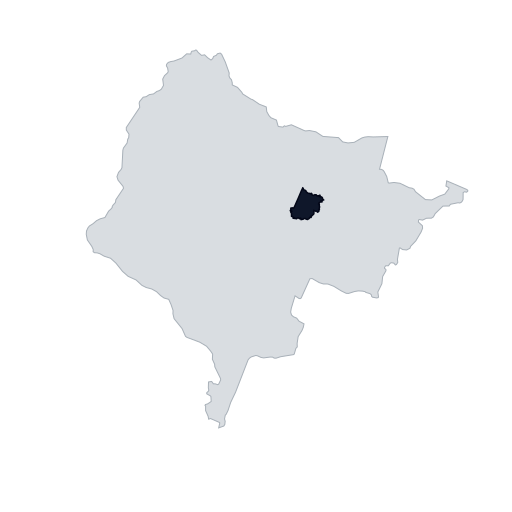 Lubao, Kasaï-Oriental, Democratic Republic of the Congo (highlighted), rotated 293°
{"feature_id": "63176286B12881144084902", "entity_name": "Lubao", "entity_type": "district", "adm_level": 2, "iso_a3": "COD", "parent_name": "Democratic Republic of the Congo", "parent_adm1": "Kasaï-Oriental", "projection": "albers", "projection_center": [25.343, -5.578], "detail": "fine", "context": "in_parent", "style": "filled", "palette": "ink", "viewbox_px": 512, "rotation_deg": 293, "n_neighbors": 0, "source": "geoboundaries", "source_scale": "gbopen_adm2", "svg_char_len": 7986}
<svg xmlns="http://www.w3.org/2000/svg" viewBox="0 0 512 512"><g transform="rotate(293 256 256)"><path d="M417.5,330.7L384.1,335.8L384.8,337.7L384.5,339.7L383.6,341.2L380.2,345.3L375.1,349.1L375.1,350.0L377.6,354.3L379.2,360.1L378.7,370.3L379.4,373.1L379.2,375.3L377.5,377.7L374.1,389.9L376.3,395.9L382.9,401.5L386.7,405.6L393.1,407.2L394.2,406.9L394.6,403.5L399.7,402.2L399.6,424.1L399.2,425.3L398.3,425.6L397.0,424.9L396.6,422.8L395.3,421.9L389.0,424.5L387.4,424.5L385.7,424.0L384.4,422.9L384.0,421.2L379.6,414.8L377.5,414.3L375.0,408.6L365.1,404.4L361.3,404.0L359.4,402.7L357.4,398.2L354.1,395.3L353.4,392.1L352.7,391.6L350.7,392.2L348.9,397.3L346.7,398.5L342.6,398.6L332.4,397.2L325.2,394.5L323.3,394.7L320.4,392.3L319.2,388.4L319.8,385.4L319.3,384.9L308.2,387.5L305.5,389.0L303.0,388.6L302.2,387.8L303.3,385.7L302.8,383.4L301.9,382.4L298.7,381.6L297.6,379.1L295.6,378.8L294.9,379.1L294.4,380.8L293.2,381.4L286.6,380.6L279.7,382.7L270.5,382.2L266.1,384.8L265.4,384.7L264.5,383.4L263.6,379.3L264.1,378.1L265.4,377.3L265.9,375.6L265.4,371.3L265.8,370.3L265.3,367.8L263.9,363.9L261.9,360.7L257.7,355.8L256.9,353.6L257.2,348.1L258.5,339.5L258.3,333.1L256.6,329.0L256.2,324.5L257.2,316.5L256.1,314.5L235.0,314.0L234.1,313.4L233.7,312.3L234.6,307.5L221.7,308.9L217.9,309.8L215.5,311.8L214.7,314.2L214.7,317.7L212.8,321.1L212.3,326.7L208.7,327.4L205.2,327.4L198.3,326.3L191.6,328.0L188.4,329.5L186.6,328.8L180.7,329.5L179.9,329.1L172.9,318.0L169.8,314.4L169.1,312.6L169.4,310.8L168.5,308.5L165.2,302.9L164.6,300.2L164.7,296.0L164.3,294.6L161.3,291.1L159.4,289.9L157.3,289.3L122.7,290.4L111.3,289.9L102.9,290.6L98.7,290.4L97.5,289.9L93.7,290.7L91.8,292.2L88.8,293.1L86.9,292.8L83.2,288.8L88.1,287.9L88.5,287.5L88.6,277.6L87.3,276.2L89.8,274.5L94.0,270.0L98.1,268.3L98.6,267.4L99.5,267.5L101.0,269.3L104.6,271.6L109.0,269.4L109.4,268.8L109.9,264.5L111.0,264.1L112.9,265.0L114.0,265.0L115.9,263.7L121.5,261.5L123.2,264.2L121.7,266.7L122.4,268.4L122.6,271.1L123.5,271.7L128.0,271.9L129.3,271.3L137.9,261.4L140.2,260.2L143.9,256.2L148.8,254.4L150.8,251.3L153.6,245.8L154.7,237.9L154.1,224.3L154.5,222.5L160.3,216.3L166.3,205.1L170.4,202.1L173.5,200.9L178.2,196.7L182.0,192.6L181.4,187.7L182.3,183.6L184.3,178.4L184.9,172.9L184.1,167.2L184.4,162.5L187.1,154.9L187.3,146.3L189.7,139.1L194.7,129.9L197.1,123.0L196.5,116.3L197.1,111.4L196.8,108.5L195.9,106.0L196.3,104.4L198.3,103.7L200.7,101.1L204.9,94.5L209.6,91.3L212.8,90.2L216.2,90.3L218.5,90.9L222.1,93.4L226.2,95.4L229.3,98.0L232.4,101.9L239.7,102.8L242.8,104.2L244.7,104.7L245.4,104.3L246.9,104.5L250.4,105.7L253.1,105.0L266.6,107.6L268.2,106.3L271.9,99.4L274.7,97.0L279.3,96.8L282.9,98.0L284.9,98.1L301.4,92.1L303.6,91.8L309.6,93.2L313.5,92.3L315.1,92.6L318.5,91.5L321.3,87.4L323.6,86.4L347.4,90.9L351.1,88.7L352.8,88.5L358.1,90.1L359.7,92.6L362.9,94.8L365.2,98.4L368.7,100.4L370.5,102.4L372.6,103.7L376.9,104.2L382.4,101.0L386.3,101.3L390.2,103.1L391.5,103.1L394.5,101.2L396.0,99.2L397.6,98.8L399.9,99.6L401.7,101.6L403.4,104.3L409.3,110.5L415.0,113.2L416.4,117.0L418.5,116.7L419.5,117.0L421.0,119.4L422.0,119.9L422.2,120.9L420.8,123.2L419.4,127.5L421.1,130.1L419.6,134.0L418.8,138.0L420.7,139.0L423.1,139.0L425.3,141.1L427.0,141.4L428.8,143.7L428.3,145.5L422.6,151.9L414.0,159.8L411.2,160.8L409.7,162.3L408.6,164.6L406.1,166.5L404.2,167.3L404.0,173.1L401.1,179.1L400.0,180.3L398.4,190.1L398.6,191.7L397.0,199.7L397.2,207.2L393.1,209.5L390.3,213.1L389.1,215.7L389.1,221.7L384.4,225.4L384.0,226.2L385.2,230.5L386.9,231.2L386.9,232.7L390.6,237.3L390.3,251.4L390.5,252.8L392.4,256.2L393.7,262.6L392.2,270.8L397.2,285.7L394.9,291.2L396.0,296.5L399.0,302.0L406.1,307.4L408.0,309.7L409.7,312.7L411.4,317.4L417.5,330.7Z" fill="#d9dde1" stroke="#a8b0b8" stroke-width="1"/><path d="M335.4,286.2L335.1,286.0L335.0,285.9L334.9,285.9L334.5,285.7L334.3,285.5L334.4,285.3L334.4,284.9L334.0,284.3L334.1,284.2L334.2,283.9L334.2,283.7L334.3,283.4L334.4,283.2L334.6,283.3L334.8,283.3L334.8,283.2L334.9,282.9L335.0,282.9L335.2,282.7L335.3,282.5L335.2,282.4L334.8,282.2L334.8,281.8L334.6,281.5L334.6,281.3L334.5,280.9L334.5,280.6L334.5,280.4L334.3,280.0L334.2,279.6L334.1,279.2L334.1,278.7L334.2,278.4L334.4,278.3L334.4,278.1L334.5,278.0L334.5,277.9L334.6,277.6L334.7,277.2L334.9,276.9L335.1,276.8L335.2,276.7L335.3,276.7L335.6,276.2L335.7,275.8L335.7,275.6L335.6,275.4L335.6,274.9L335.6,274.7L335.7,274.0L335.8,273.9L336.7,273.0L336.9,272.7L337.0,272.5L337.0,272.4L336.2,272.4L333.9,272.3L325.9,272.3L319.9,272.2L318.0,272.2L315.2,272.1L314.8,271.8L314.8,271.5L314.6,271.3L314.6,271.0L314.4,271.0L314.3,270.9L314.3,270.7L314.3,270.4L314.2,270.1L314.1,269.9L313.8,269.6L313.7,269.4L313.3,269.5L313.2,269.5L312.9,269.7L312.8,269.8L312.7,269.9L312.4,269.9L312.1,269.9L311.9,269.9L311.7,269.9L311.4,269.8L311.2,269.8L311.0,270.0L310.9,270.1L310.8,270.3L311.0,270.5L311.2,270.8L311.2,271.0L311.3,271.3L311.2,271.5L310.9,271.4L310.7,271.3L310.5,271.2L310.4,271.2L310.0,271.1L309.9,271.0L309.7,271.1L309.5,271.4L309.4,271.5L309.3,271.8L309.2,271.9L309.1,272.0L308.9,272.3L308.7,272.4L308.4,272.4L308.2,272.4L307.9,272.5L307.7,272.6L307.4,272.8L307.1,272.9L306.8,273.0L306.7,273.0L306.4,273.2L306.4,273.3L306.5,273.5L306.5,273.8L306.4,274.0L306.4,274.3L306.4,274.5L306.3,274.8L306.2,275.0L306.1,275.3L306.1,275.5L306.0,275.4L305.7,275.3L305.4,275.3L305.3,275.5L305.4,275.9L305.4,276.0L305.5,276.2L305.5,276.3L305.6,276.7L305.7,276.9L305.7,277.0L305.8,277.2L305.8,277.3L306.0,277.8L306.0,278.0L306.1,278.3L306.0,278.5L306.3,278.9L306.5,279.0L306.8,279.1L307.1,279.3L307.4,279.5L307.6,279.6L307.7,279.8L307.7,280.0L307.6,280.3L307.5,280.5L307.5,280.8L307.4,281.1L307.3,281.4L307.4,281.6L307.5,281.6L307.8,281.8L308.2,282.1L308.3,282.3L308.2,282.5L307.9,282.7L307.6,282.9L307.2,283.1L307.1,283.3L307.3,283.5L307.6,284.0L307.8,284.3L308.1,284.7L308.4,285.1L308.6,285.1L308.9,285.2L309.0,285.4L309.0,285.5L309.5,285.8L309.6,286.1L309.6,286.3L309.8,286.7L309.6,287.3L309.5,287.5L309.6,288.1L309.6,288.5L309.7,289.0L309.8,289.3L310.0,289.4L310.1,289.5L310.4,289.6L310.6,289.7L310.8,289.9L311.0,290.1L311.4,290.3L311.7,290.3L311.9,290.3L312.3,290.3L312.5,290.4L312.7,290.6L312.8,290.8L312.7,291.1L312.8,291.4L312.9,291.5L313.0,291.6L313.4,291.6L313.7,291.6L313.8,291.6L313.9,291.4L314.1,291.3L314.4,291.1L314.5,291.1L314.8,291.4L314.9,291.7L315.3,291.9L315.5,292.0L316.0,292.1L316.1,292.3L316.4,292.4L316.6,292.5L316.9,292.7L317.2,292.7L317.4,292.7L317.5,292.7L318.0,292.6L318.5,292.4L318.7,292.2L318.8,292.2L319.1,291.9L319.3,291.9L319.6,291.8L320.0,291.6L320.4,291.5L320.6,291.5L320.5,291.9L320.5,292.3L320.5,292.9L320.6,293.5L320.6,294.0L320.4,294.1L320.6,294.1L320.7,294.3L320.8,294.3L320.8,294.5L320.8,294.9L320.7,295.0L320.5,295.3L320.4,295.5L320.8,295.9L321.0,295.9L321.1,296.0L321.5,296.3L321.8,296.3L322.0,296.3L322.6,296.0L322.8,295.8L323.0,296.1L323.3,296.1L323.7,296.1L323.8,295.9L324.2,295.7L324.5,295.6L324.9,295.6L325.0,295.5L325.5,295.5L325.7,295.4L326.2,295.3L326.3,295.2L326.5,294.9L326.8,294.7L327.1,294.6L327.3,294.4L327.6,294.4L327.8,294.3L328.1,294.2L328.3,294.1L328.6,293.8L328.7,293.7L328.5,293.3L329.0,293.2L329.3,293.2L329.5,293.3L329.7,293.5L329.9,293.5L330.0,293.6L330.5,293.9L330.8,294.1L331.0,294.2L331.1,294.4L331.2,294.5L331.2,294.8L331.2,295.0L331.3,295.1L331.4,295.3L331.6,295.5L331.8,295.0L331.8,294.8L331.8,294.5L332.0,294.4L332.2,294.2L332.4,294.2L332.5,294.3L332.6,295.2L332.6,295.3L332.8,295.3L333.1,295.3L333.3,295.7L333.4,295.9L333.6,295.9L333.8,295.8L334.0,295.8L334.1,295.7L334.2,295.9L334.5,295.2L334.7,294.9L335.0,294.7L335.5,294.4L335.7,294.0L335.9,293.6L336.0,293.3L336.0,293.2L335.7,292.7L335.5,292.3L335.5,292.1L335.6,291.9L335.8,291.8L336.1,291.7L336.3,291.7L336.7,291.2L336.1,291.2L335.9,291.2L335.7,291.0L335.5,290.8L335.4,290.8L335.4,290.5L335.5,290.4L335.8,290.3L335.9,290.2L336.0,290.1L335.8,289.7L335.7,289.4L335.4,289.4L335.2,288.7L335.3,288.2L335.5,287.9L335.8,287.7L335.8,287.3L335.8,287.2L335.7,287.0L335.5,286.8L335.4,286.5L335.4,286.3L335.4,286.2Z" fill="#0f172a" stroke="#020617" stroke-width="1.5"/></g></svg>